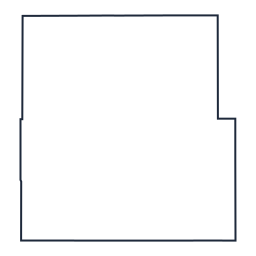 Eddy, New Mexico, United States of America
{"feature_id": "52423323B75257919011753", "entity_name": "Eddy", "entity_type": "district", "adm_level": 2, "iso_a3": "USA", "parent_name": "United States of America", "parent_adm1": "New Mexico", "projection": "natural_earth1", "projection_center": [-104.354, 32.483], "detail": "fine", "context": "isolated", "style": "outline", "palette": "slate", "viewbox_px": 256, "rotation_deg": 0, "n_neighbors": 0, "source": "geoboundaries", "source_scale": "gbopen_adm2", "svg_char_len": 409}
<svg xmlns="http://www.w3.org/2000/svg" viewBox="0 0 256 256"><path d="M20.5,119.2L20.5,127.6L20.5,179.9L21.2,181.5L21.1,240.5L60.0,240.5L60.5,240.5L81.3,240.6L119.8,240.6L178.0,240.6L186.5,240.6L206.4,240.5L230.7,240.6L235.5,240.6L235.3,158.3L235.3,118.7L217.9,118.7L217.7,15.4L172.8,15.4L114.4,15.6L113.6,15.5L77.8,15.7L22.6,15.9L22.3,119.2L20.5,119.2Z" fill="none" stroke="#1e293b" stroke-width="2"/></svg>